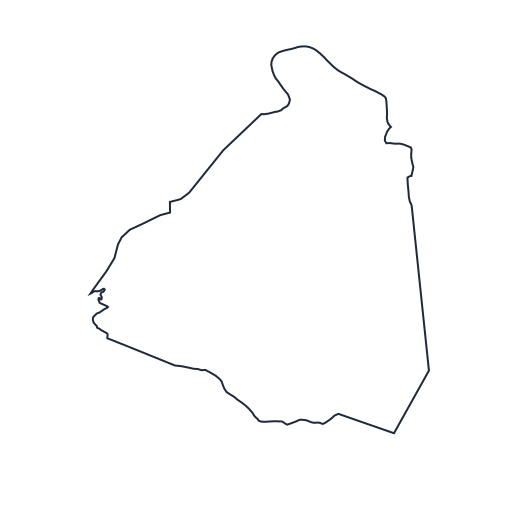 the district of Volet, Micoud, Saint Lucia, rotated 170°
{"feature_id": "8701671B54248554179471", "entity_name": "Volet", "entity_type": "district", "adm_level": 2, "iso_a3": "LCA", "parent_name": "Saint Lucia", "parent_adm1": "Micoud", "projection": "orthographic", "projection_center": [-60.907, 13.826], "detail": "fine", "context": "isolated", "style": "outline", "palette": "slate", "viewbox_px": 512, "rotation_deg": 170, "n_neighbors": 0, "source": "geoboundaries", "source_scale": "gbopen_adm2", "svg_char_len": 4348}
<svg xmlns="http://www.w3.org/2000/svg" viewBox="0 0 512 512"><g transform="rotate(170 256 256)"><path d="M269.9,365.8L310.8,330.0L320.1,325.2L323.3,324.8L328.9,324.4L331.4,324.2L331.7,322.3L333.1,313.7L343.0,312.9L350.0,310.9L361.7,307.5L375.7,303.8L381.2,300.2L385.1,297.7L390.0,291.2L395.8,278.4L398.0,276.0L405.9,267.0L421.2,252.2L425.6,247.7L424.9,247.9L423.3,248.5L421.7,249.2L420.0,249.3L418.8,248.9L417.3,248.7L416.4,248.7L414.5,249.2L412.8,250.0L411.5,250.2L410.8,249.3L411.8,247.9L412.8,247.2L414.5,246.9L415.1,246.3L415.8,245.1L415.8,244.3L415.5,243.6L415.0,242.1L415.7,240.2L416.7,240.2L417.1,240.6L417.5,241.8L418.2,241.8L418.7,240.7L418.6,239.6L418.1,237.1L417.3,236.4L415.0,234.9L411.0,232.1L410.6,231.5L411.4,230.9L414.8,229.9L416.2,229.2L420.2,227.4L421.4,227.4L423.3,226.7L424.6,225.7L426.4,224.6L427.3,223.5L427.7,221.5L427.7,220.3L427.5,218.8L426.8,217.4L426.0,216.1L425.3,215.2L424.9,214.6L425.0,213.8L424.9,213.0L424.1,212.3L423.1,211.8L421.1,209.7L420.4,209.1L417.9,207.1L416.4,206.0L416.1,205.7L415.8,205.1L415.8,204.2L416.1,203.3L416.7,200.8L403.4,192.6L402.7,192.2L400.5,190.8L354.8,162.2L352.6,161.6L350.5,161.0L348.9,160.5L346.9,159.8L341.9,157.8L339.2,156.7L337.1,155.8L332.9,154.8L332.5,154.6L329.5,153.0L325.6,152.6L323.4,150.8L321.9,149.7L316.8,145.4L315.8,144.3L313.2,141.2L311.9,138.9L311.6,138.3L311.4,136.8L310.9,133.8L310.2,130.7L308.7,127.3L307.4,126.0L306.5,125.1L303.0,122.0L302.1,121.2L299.1,117.6L295.2,113.8L292.1,110.3L289.6,107.0L289.4,106.7L288.2,104.6L286.8,102.4L286.6,102.1L285.6,99.2L284.4,97.3L283.3,95.9L282.5,94.9L282.1,93.8L281.9,93.3L280.7,92.6L279.9,92.1L279.1,91.9L278.4,91.7L276.1,91.2L266.7,90.1L259.4,88.6L258.2,87.8L256.3,85.8L254.5,84.5L251.4,85.0L250.1,85.2L245.1,86.2L242.7,86.8L240.8,87.1L237.7,86.4L236.6,86.0L234.9,85.5L232.4,83.9L230.0,82.5L227.6,81.6L223.8,81.2L222.3,80.6L221.9,80.5L219.4,79.0L218.6,79.2L216.3,79.9L212.0,81.9L209.8,83.0L206.2,85.3L203.6,85.9L202.2,86.2L195.6,82.5L150.9,57.5L105.6,113.1L94.0,277.9L94.1,279.8L95.0,282.7L95.1,284.3L95.2,287.7L94.6,293.2L94.5,294.9L94.1,299.8L93.5,305.0L93.2,307.0L89.7,308.1L89.3,308.0L89.0,307.9L87.9,310.6L85.6,316.1L85.9,319.8L86.0,322.0L86.1,325.6L85.4,329.7L84.3,333.8L84.8,336.1L88.1,338.2L91.2,340.1L94.2,341.4L94.8,341.7L95.2,341.7L100.2,342.6L104.6,344.0L108.0,344.4L108.5,345.8L109.1,347.2L108.4,350.1L108.2,350.9L106.4,353.8L105.5,355.4L103.1,358.0L100.7,359.7L101.0,360.1L101.5,360.9L102.1,362.0L102.3,362.5L102.9,363.7L103.1,365.0L103.2,365.5L103.2,366.5L103.3,368.1L103.0,370.2L102.7,371.2L102.4,372.4L102.2,373.8L102.0,374.7L101.9,376.0L101.7,377.0L101.5,379.2L101.3,380.5L101.1,382.7L100.8,385.0L100.7,386.7L100.7,387.3L100.7,387.6L100.7,388.7L101.0,389.2L101.6,390.6L102.7,391.7L103.9,392.9L104.7,393.6L106.9,395.2L108.9,396.9L110.7,398.2L114.2,400.5L115.8,401.7L117.0,402.6L117.4,402.9L119.0,404.1L121.6,406.1L123.5,407.6L125.7,409.5L128.2,411.8L128.5,412.1L131.1,414.6L133.3,416.4L133.8,416.9L135.6,418.4L136.7,419.4L137.6,420.1L140.0,422.0L141.4,423.2L141.7,423.4L142.8,424.5L143.9,425.6L145.1,427.0L146.1,428.0L147.9,430.4L149.8,433.1L152.2,436.5L153.4,438.3L153.6,438.7L155.6,441.5L156.7,442.9L157.7,444.3L159.0,445.8L159.5,446.4L160.1,447.1L160.5,447.4L161.3,448.4L162.7,449.6L163.1,449.9L164.0,450.6L164.8,451.1L166.8,452.3L167.9,452.8L168.3,453.0L169.5,453.4L169.8,453.5L170.6,453.7L172.1,454.1L173.7,454.3L174.0,454.3L175.5,454.5L178.3,454.5L179.2,454.4L180.7,454.2L183.2,453.9L183.8,453.9L185.4,453.7L187.0,453.7L187.7,453.7L190.8,453.5L192.9,453.4L196.3,452.9L198.1,452.6L199.8,451.9L201.1,451.2L202.6,450.2L203.6,449.3L203.9,449.0L204.4,448.5L204.6,448.3L205.7,447.1L205.8,446.3L206.9,444.9L207.4,442.8L207.8,441.6L207.7,438.7L207.6,435.1L206.7,430.5L205.7,427.3L205.0,426.2L204.2,424.8L203.9,424.3L202.4,420.9L200.3,416.4L200.0,415.8L196.4,409.5L195.4,404.2L197.0,400.5L199.0,398.3L203.8,396.6L205.0,395.7L205.8,395.3L206.2,395.2L206.7,395.0L207.5,394.9L208.1,394.8L208.7,394.7L209.3,394.5L210.1,394.5L210.7,394.6L211.3,394.6L211.9,394.6L212.5,394.6L213.2,394.6L213.7,394.5L214.3,394.4L214.8,394.4L215.5,394.3L216.1,394.3L216.7,394.3L217.4,394.2L217.9,394.1L218.5,394.1L218.8,394.1L219.1,394.1L219.5,394.1L219.8,394.1L220.4,394.1L221.0,394.1L221.7,394.2L222.3,394.2L222.9,394.2L223.4,394.2L223.9,394.3L226.0,394.9L269.6,366.0L269.9,365.8Z" fill="none" stroke="#1e293b" stroke-width="2"/></g></svg>